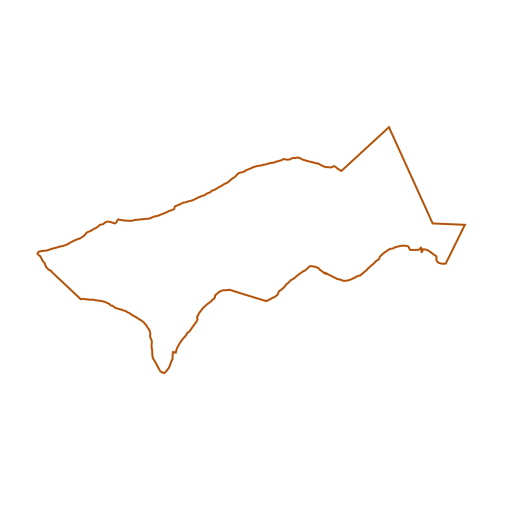 Noord-Beveland, Zeeland, Netherlands (orthographic projection), rotated 344°
{"feature_id": "6326949B86621762707137", "entity_name": "Noord-Beveland", "entity_type": "district", "adm_level": 2, "iso_a3": "NLD", "parent_name": "Netherlands", "parent_adm1": "Zeeland", "projection": "orthographic", "projection_center": [3.771, 51.565], "detail": "fine", "context": "isolated", "style": "outline", "palette": "amber", "viewbox_px": 512, "rotation_deg": 344, "n_neighbors": 0, "source": "geoboundaries", "source_scale": "gbopen_adm2", "svg_char_len": 6091}
<svg xmlns="http://www.w3.org/2000/svg" viewBox="0 0 512 512"><g transform="rotate(344 256 256)"><path d="M436.3,315.6L465.4,283.6L434.8,273.4L419.3,168.8L361.5,197.8L360.1,196.2L358.5,194.6L358.0,193.8L357.7,193.2L357.2,192.5L356.2,191.5L355.8,191.2L355.4,191.1L352.9,191.6L352.4,191.5L347.5,189.7L346.7,189.2L345.7,188.5L344.2,187.2L342.3,185.2L341.2,184.2L338.6,183.1L335.3,180.9L334.4,180.5L332.5,179.4L328.9,177.2L326.9,175.7L325.1,173.9L324.0,173.2L323.5,172.9L323.2,172.8L320.6,172.6L319.2,172.1L318.0,171.9L317.0,172.1L315.8,172.4L315.0,172.5L314.6,172.4L313.1,172.1L311.8,171.8L310.4,170.9L309.8,170.6L309.5,170.5L309.1,170.5L306.5,171.0L302.4,170.9L297.6,171.1L296.4,170.8L294.9,170.6L293.8,170.5L291.0,170.7L288.2,170.3L285.3,170.4L282.4,169.9L280.2,169.8L277.6,169.9L273.8,170.5L271.4,170.7L270.1,170.9L268.3,171.5L267.6,171.6L266.0,171.7L262.9,171.5L262.5,171.6L261.8,171.8L260.4,172.4L257.8,174.0L257.1,174.4L255.8,174.8L254.9,174.9L253.8,175.3L251.9,176.2L249.7,177.3L249.1,177.5L245.2,178.1L242.4,179.0L238.7,179.8L234.6,180.9L234.0,181.0L231.5,181.1L231.0,181.3L229.5,182.1L229.0,182.2L226.0,182.4L223.4,183.3L222.8,183.4L221.1,183.4L219.1,183.6L216.9,183.8L214.6,184.2L211.8,184.8L209.0,185.0L205.8,184.8L204.2,185.0L202.7,184.9L200.9,184.7L199.5,184.9L198.3,185.2L197.1,185.4L192.8,185.8L192.0,185.9L191.7,186.1L191.4,186.4L191.2,186.7L190.7,187.7L190.4,188.0L190.1,188.3L189.6,188.5L184.7,188.8L180.7,189.5L178.9,189.7L174.7,190.0L173.1,190.3L171.9,190.3L169.2,190.0L168.0,190.1L165.4,190.5L164.3,190.6L163.5,190.6L158.3,189.5L156.0,189.2L150.1,188.1L147.5,187.9L146.7,187.9L146.0,187.9L145.1,187.6L140.1,185.9L137.5,184.8L136.5,184.4L133.8,182.9L133.3,183.0L131.8,184.3L131.1,185.1L130.8,185.3L130.1,185.7L129.5,185.8L129.0,185.6L128.3,185.2L125.6,183.2L123.7,182.3L122.9,182.1L121.8,181.9L120.7,182.1L119.2,182.6L118.2,183.1L117.4,183.3L116.5,183.2L115.6,183.0L114.6,183.0L111.1,184.7L110.0,184.9L107.5,185.3L104.8,186.1L103.9,186.3L100.2,186.7L99.7,186.9L99.3,187.1L98.5,187.7L97.4,188.6L96.1,189.2L93.2,190.2L92.0,190.5L87.4,190.8L84.7,191.2L81.8,191.8L77.5,192.9L72.9,193.2L71.1,192.9L68.3,192.9L64.9,192.9L62.7,192.8L60.1,192.9L56.7,193.1L56.4,193.1L54.6,192.7L52.2,192.3L49.9,192.0L48.9,192.0L48.3,192.1L47.2,192.6L46.8,193.1L46.6,193.5L46.7,193.9L47.0,194.6L47.3,195.2L48.4,196.5L48.8,197.6L49.1,199.0L49.3,200.6L50.0,203.0L50.9,204.6L50.9,205.0L51.0,207.0L51.2,208.7L52.5,211.3L52.8,211.8L53.0,212.1L54.1,213.0L54.5,213.4L54.9,214.0L55.4,215.0L55.5,215.4L75.6,249.2L78.6,249.7L79.2,250.0L80.4,250.7L81.7,251.2L83.6,251.9L86.8,253.0L87.5,253.1L87.8,253.3L89.4,254.2L92.5,255.6L93.8,256.1L94.9,256.6L96.7,257.7L98.3,258.6L99.1,259.3L100.5,260.6L101.8,261.6L102.0,261.9L102.4,263.0L102.6,263.2L102.8,263.4L103.1,263.7L104.3,264.2L104.9,264.9L106.3,266.8L106.7,267.3L107.0,267.6L108.3,268.2L109.6,269.2L111.5,270.2L113.3,271.6L115.1,272.7L115.8,273.3L117.2,274.9L117.6,275.3L118.8,276.1L120.1,278.0L122.5,280.5L124.5,282.5L125.5,283.6L126.2,284.6L127.2,285.5L128.1,286.5L128.7,287.3L129.8,288.9L130.2,289.7L130.8,291.1L131.5,292.4L131.7,293.2L131.8,294.3L132.6,296.2L133.0,297.5L133.1,298.1L133.1,298.9L133.1,300.7L133.0,301.5L132.8,302.2L132.7,302.5L132.2,303.4L132.1,303.8L132.0,305.0L132.1,306.0L132.4,307.9L132.4,308.4L132.3,309.0L132.1,309.9L131.9,310.7L131.3,312.3L130.9,313.3L130.6,314.4L130.5,315.0L130.4,316.5L129.9,319.4L129.6,320.5L129.3,321.7L129.0,323.0L128.8,324.8L128.8,325.9L128.9,326.6L129.7,329.1L130.1,330.5L131.8,338.8L132.1,339.8L132.6,340.9L133.1,341.5L135.3,343.2L135.5,343.1L136.9,342.6L138.1,342.0L140.9,339.9L142.0,338.8L143.4,337.0L144.9,334.9L145.3,334.2L145.9,333.5L146.7,332.8L147.0,332.4L147.3,332.0L147.7,331.0L148.7,328.0L148.9,327.3L149.9,325.4L152.1,326.8L154.2,323.5L154.9,322.6L155.8,321.7L158.0,319.5L158.7,318.7L160.4,317.5L163.2,315.2L165.2,314.1L167.2,312.7L168.2,311.4L168.5,311.1L170.3,310.5L171.7,309.8L172.9,308.9L176.0,306.3L177.6,305.1L180.4,302.9L181.2,302.2L181.9,301.3L182.1,301.0L182.3,300.7L182.4,299.9L182.4,299.0L182.5,298.4L182.9,298.0L185.6,295.2L190.4,291.6L194.5,289.5L196.6,288.6L199.6,287.5L202.0,286.2L204.1,285.3L204.6,284.9L205.3,284.2L205.4,283.7L205.5,283.1L205.6,282.9L205.8,282.6L209.1,281.1L210.3,280.5L211.7,280.2L212.7,280.0L214.5,279.9L215.0,280.0L219.1,280.9L221.4,281.2L230.2,287.1L253.4,302.2L255.2,301.9L256.1,301.7L257.4,301.6L258.8,301.1L261.5,300.7L263.4,300.3L264.4,299.9L265.7,299.3L266.4,298.7L267.0,298.0L267.8,296.9L268.3,296.3L271.0,295.4L274.2,293.9L277.4,291.6L277.6,291.4L279.0,291.0L282.8,288.9L284.3,288.5L285.6,288.3L285.9,288.2L288.1,287.2L289.5,286.5L293.5,285.0L296.9,283.8L299.2,283.4L300.4,283.0L303.6,281.2L304.2,280.9L304.9,280.7L305.6,280.8L307.8,281.6L310.2,282.9L311.3,283.7L312.5,284.7L312.8,285.0L313.3,286.2L314.6,288.2L315.5,289.2L316.5,290.6L317.1,291.4L318.0,292.2L318.4,291.6L321.3,294.6L322.1,295.3L322.8,295.7L323.1,296.0L323.8,296.9L324.4,297.4L324.8,297.8L325.5,298.2L326.0,298.8L326.2,299.1L326.9,299.5L327.1,299.9L328.0,300.7L329.4,301.3L331.3,302.4L332.4,303.5L333.0,303.9L334.7,304.4L336.9,304.8L340.0,304.8L343.4,304.3L347.6,303.4L349.3,303.3L350.7,303.4L351.4,303.2L353.5,302.2L354.3,301.9L356.8,300.7L358.5,300.0L359.3,299.5L360.0,298.9L361.7,298.2L364.2,297.0L366.7,295.9L368.3,294.9L369.2,294.6L369.9,294.0L370.7,293.6L371.7,293.5L372.6,293.2L373.4,292.8L374.6,291.2L375.3,290.5L378.6,288.8L382.0,287.5L383.0,287.3L383.8,286.9L386.3,286.3L387.2,286.2L388.1,286.3L389.0,286.4L390.9,286.4L391.8,286.0L392.7,285.9L395.4,286.1L397.3,286.1L398.2,286.2L400.0,286.6L400.9,286.8L403.7,287.9L404.8,288.6L405.3,289.5L405.4,290.5L405.5,291.4L405.7,292.3L406.5,292.9L408.4,293.4L411.1,294.1L413.9,294.9L414.8,294.6L415.5,294.4L416.1,294.0L416.6,293.4L416.9,293.5L417.1,293.8L417.2,294.1L417.2,294.8L416.4,296.6L416.2,297.5L416.4,297.9L417.0,297.5L417.6,296.6L418.6,295.7L419.8,296.0L421.5,297.0L422.3,297.6L423.1,298.2L423.7,298.9L427.6,304.0L428.2,304.6L429.3,306.1L429.0,307.5L428.3,309.2L428.6,311.0L429.0,311.9L429.5,312.6L430.1,313.2L430.9,313.7L431.7,314.2L432.6,314.6L433.5,315.0L436.3,315.6Z" fill="none" stroke="#b45309" stroke-width="2"/></g></svg>